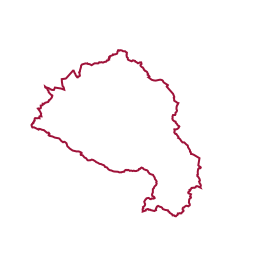 Huaytara, Huancavelica, Peru (Equal Earth projection), rotated 120°
{"feature_id": "86281439B71606603555549", "entity_name": "Huaytara", "entity_type": "district", "adm_level": 2, "iso_a3": "PER", "parent_name": "Peru", "parent_adm1": "Huancavelica", "projection": "equal_earth", "projection_center": [-75.141, -13.636], "detail": "fine", "context": "isolated", "style": "outline", "palette": "rose", "viewbox_px": 256, "rotation_deg": 120, "n_neighbors": 0, "source": "geoboundaries", "source_scale": "gbopen_adm2", "svg_char_len": 5775}
<svg xmlns="http://www.w3.org/2000/svg" viewBox="0 0 256 256"><g transform="rotate(120 128 128)"><path d="M153.9,40.3L154.3,42.9L154.0,43.5L152.7,43.7L152.2,43.2L151.2,42.9L150.7,43.7L149.8,43.0L148.1,43.0L147.6,42.1L147.1,41.8L146.7,40.7L145.6,39.8L145.0,40.0L144.4,39.8L143.9,39.3L143.6,38.3L143.6,37.3L143.4,35.4L143.0,36.0L142.3,35.9L141.2,36.3L140.4,37.3L140.2,38.1L138.8,39.7L137.7,39.4L136.5,40.4L135.3,42.5L135.0,43.9L134.7,44.1L134.2,44.2L133.9,44.5L133.4,44.2L131.1,45.7L128.6,46.7L127.6,46.6L127.1,45.6L126.4,45.2L125.9,45.2L125.5,45.8L125.6,47.0L125.1,48.5L118.4,51.0L118.3,57.7L118.5,59.3L119.0,60.4L117.5,61.6L117.5,62.5L116.3,63.2L114.7,66.3L113.3,67.5L113.1,69.3L112.4,71.8L112.4,72.3L113.1,73.3L113.2,73.7L112.5,75.7L111.7,77.1L111.4,78.4L111.5,79.6L110.9,79.6L110.2,80.2L110.0,81.3L109.1,82.9L109.0,83.3L109.4,83.8L109.4,84.2L108.7,85.7L108.3,85.9L107.9,85.8L106.7,86.5L106.0,87.2L105.8,87.0L105.4,85.9L104.3,84.9L102.9,84.3L101.0,84.3L100.8,84.8L100.9,86.2L100.0,87.7L99.6,89.3L98.9,89.7L98.7,90.0L99.0,91.4L98.6,93.3L97.7,94.3L96.9,94.4L95.9,95.2L94.3,95.5L93.2,93.7L92.5,93.7L91.0,94.5L89.7,94.1L89.1,94.1L88.2,94.4L87.3,95.6L86.3,96.0L85.6,96.5L85.0,96.5L84.0,96.9L82.7,96.6L81.9,97.0L81.3,96.9L81.5,98.5L81.3,99.3L81.3,100.7L81.2,101.7L79.7,102.6L79.0,103.5L78.0,103.4L75.9,106.0L72.8,115.2L72.1,115.2L71.7,114.8L70.9,114.9L70.7,119.5L70.4,120.5L69.7,121.4L69.5,122.2L69.8,123.7L70.3,124.6L73.1,127.7L73.9,129.5L74.4,131.6L73.9,135.6L73.2,135.1L72.7,135.1L72.2,136.4L72.1,137.6L71.2,137.6L70.7,138.6L70.0,139.4L69.8,141.1L70.0,141.9L69.6,142.5L69.6,143.4L68.7,144.2L68.5,145.0L68.2,145.4L68.3,146.6L67.9,148.1L67.6,148.5L67.0,148.7L65.8,148.3L64.6,149.4L65.4,150.7L66.3,151.1L67.0,151.8L66.7,153.6L66.9,154.8L66.4,155.4L66.9,157.5L67.2,157.8L67.7,157.8L68.4,158.2L68.8,161.3L68.8,162.2L68.6,162.5L67.4,163.2L67.2,164.4L66.5,164.9L66.2,165.4L65.1,165.7L64.9,166.1L63.4,166.5L63.2,167.0L63.3,167.6L63.0,168.9L64.0,170.7L63.9,172.1L64.5,173.6L65.3,174.1L65.2,174.9L65.7,175.5L66.7,175.2L67.1,175.3L68.2,174.8L69.2,174.7L70.8,176.1L71.2,176.9L71.7,177.1L71.9,177.8L72.5,177.6L74.8,179.5L75.3,179.3L75.4,179.7L75.8,179.9L76.9,179.5L77.1,178.9L77.4,178.9L77.7,179.2L78.2,178.6L78.6,179.0L79.0,178.9L79.7,179.3L80.0,180.0L81.5,180.1L82.6,181.5L83.5,182.0L84.0,182.7L84.2,183.8L84.9,184.5L85.4,185.7L85.9,186.0L86.7,185.9L87.0,186.2L88.7,189.3L91.8,190.9L91.9,193.2L92.6,194.8L92.3,195.5L93.0,196.2L93.4,197.2L96.0,199.6L97.4,199.8L98.7,199.2L102.1,198.4L103.3,197.8L104.2,198.2L104.6,197.6L106.8,195.8L108.3,196.5L108.5,197.1L109.3,196.9L109.5,197.3L108.7,199.3L107.4,200.9L107.0,201.8L105.5,203.7L105.8,204.3L115.8,206.4L116.4,206.7L118.8,209.8L121.1,208.3L124.2,205.8L125.0,204.0L126.7,202.4L127.3,205.7L129.5,211.5L132.1,211.2L133.0,212.8L133.2,214.5L133.1,216.5L133.8,219.3L133.6,220.5L134.2,220.0L134.3,217.7L135.4,216.3L135.7,215.2L136.7,214.6L137.7,211.3L137.6,209.9L137.9,209.6L138.4,209.8L139.6,209.2L142.3,209.7L143.3,210.3L143.7,210.0L144.2,210.3L145.3,210.1L147.6,212.4L148.9,212.6L149.6,214.0L150.3,213.5L151.0,213.4L152.2,214.8L154.1,213.5L154.6,213.5L155.4,214.2L155.8,215.3L156.2,215.7L157.7,212.3L158.6,211.2L158.8,210.5L160.0,210.1L161.2,208.8L161.4,209.2L161.7,210.1L162.3,210.5L163.1,210.2L163.8,209.6L164.0,210.3L165.0,211.5L165.7,213.1L166.1,213.5L167.0,213.4L168.2,212.5L168.7,212.9L169.8,212.5L170.7,213.0L171.3,212.4L172.4,213.1L173.1,212.9L173.6,213.1L174.4,212.4L175.3,211.2L175.2,210.7L174.7,210.3L174.4,209.7L174.1,204.6L173.2,204.6L172.7,203.1L172.6,201.8L171.9,199.8L172.6,195.9L172.5,195.5L171.7,194.4L172.4,193.0L173.1,193.3L173.9,193.2L174.1,192.2L173.1,189.2L172.9,186.6L171.6,182.9L171.5,182.1L172.6,179.2L172.8,177.1L171.9,176.5L171.7,176.0L171.7,175.3L172.0,173.6L174.2,171.3L174.5,169.6L174.9,168.4L175.2,164.7L174.0,160.8L173.0,159.1L172.7,157.8L172.6,155.9L172.8,155.6L174.2,156.0L174.9,155.4L174.3,153.7L175.3,150.9L175.1,149.2L176.1,147.0L176.0,146.4L174.7,144.4L173.5,143.6L173.1,142.1L173.2,139.2L173.5,138.5L173.2,136.9L173.3,134.8L172.7,133.3L172.6,131.7L172.3,130.4L172.5,129.4L173.2,128.6L172.7,126.5L173.6,124.2L173.6,122.6L173.1,121.2L172.9,119.2L172.5,118.0L170.9,114.8L170.8,113.4L169.7,111.5L169.1,111.2L167.7,109.4L166.7,109.6L165.6,109.1L165.2,108.7L165.1,107.7L164.5,107.3L164.1,106.6L164.2,105.0L163.4,104.2L163.1,103.3L163.0,102.5L162.1,101.7L161.8,100.4L161.0,99.2L160.2,98.7L159.7,98.1L159.1,97.8L158.1,98.0L157.3,97.3L157.2,97.0L156.0,96.8L155.5,96.5L155.3,94.9L155.7,94.2L155.8,93.4L155.5,92.1L155.5,91.4L155.1,90.8L155.2,89.7L155.3,89.3L156.1,88.4L156.4,87.1L156.8,86.6L156.5,84.4L156.1,82.9L157.1,81.2L157.5,80.2L158.7,79.2L159.1,78.0L159.9,76.5L161.1,76.3L161.6,75.5L163.2,75.1L165.1,75.7L166.6,75.8L167.2,75.5L168.5,75.9L171.5,74.2L172.6,74.2L173.9,73.8L174.7,72.9L174.6,71.6L174.7,70.8L175.3,69.9L176.3,70.4L177.3,72.3L178.2,72.6L178.5,73.5L178.2,75.1L178.8,75.9L179.7,76.8L180.6,76.8L181.1,77.1L183.7,77.1L184.7,76.0L185.3,75.1L186.5,74.7L187.5,74.8L189.0,75.5L189.8,74.6L191.0,74.8L192.1,73.9L193.0,73.5L190.6,71.4L190.0,71.7L189.5,71.5L188.2,70.3L188.1,69.8L188.4,69.4L188.4,68.9L187.7,68.2L187.7,66.9L187.4,66.4L187.3,65.7L186.7,63.7L186.2,63.6L185.9,63.1L185.1,62.6L184.4,63.3L183.5,63.6L182.8,63.4L181.7,63.7L180.4,63.0L180.3,61.2L179.9,59.7L180.0,58.6L180.8,57.3L180.3,54.7L179.3,52.2L180.1,51.4L179.9,50.4L180.5,49.8L180.6,49.1L180.7,46.6L181.4,45.7L180.6,44.6L180.9,43.5L180.7,42.8L180.4,42.3L179.5,42.3L178.9,41.8L178.1,41.6L177.1,42.1L176.6,41.2L176.0,40.8L175.7,39.8L175.2,39.1L174.6,39.2L172.3,38.4L171.6,38.7L171.4,39.8L170.9,40.2L170.1,40.5L169.3,40.4L168.9,39.8L168.1,39.7L166.2,38.7L165.7,37.2L165.7,36.6L164.1,35.9L163.1,36.4L162.2,37.9L159.2,39.3L158.0,39.1L157.5,38.7L156.5,38.8L156.2,39.3L156.2,40.0L153.9,40.3Z" fill="none" stroke="#9f1239" stroke-width="2"/></g></svg>